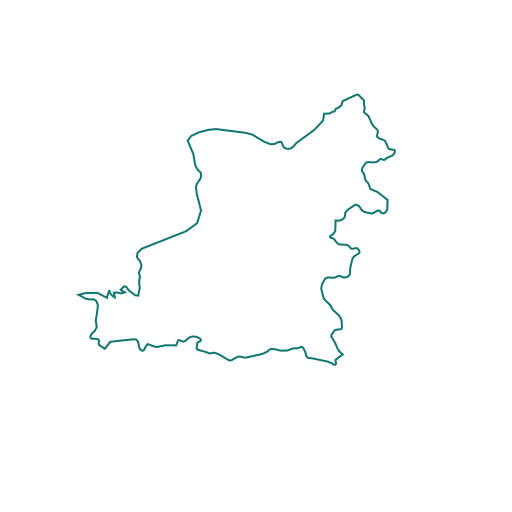 the border of Sisacko-Moslavacka, rotated 142°
{"feature_id": "HRV-1587", "entity_name": "Sisacko-Moslavacka", "entity_type": "County", "adm_level": 1, "iso_a3": "HRV", "parent_name": "Croatia", "parent_adm1": "", "projection": "orthographic", "projection_center": [16.353, 45.412], "detail": "fine", "context": "isolated", "style": "outline", "palette": "teal", "viewbox_px": 512, "rotation_deg": 142, "n_neighbors": 0, "source": "natural_earth", "source_scale": "10m", "svg_char_len": 4672}
<svg xmlns="http://www.w3.org/2000/svg" viewBox="0 0 512 512"><g transform="rotate(142 256 256)"><path d="M378.6,313.3L377.3,311.5L377.4,308.6L377.1,306.0L375.2,299.2L373.2,297.3L367.0,302.7L366.3,304.2L364.4,307.0L362.0,309.7L360.2,310.9L358.9,314.5L356.7,316.1L354.1,317.2L351.8,319.6L350.5,323.5L350.7,326.3L350.4,328.7L347.5,331.3L341.6,332.1L295.6,318.5L282.2,318.1L271.4,325.6L263.9,342.4L260.7,347.4L258.3,349.2L252.2,351.2L250.0,352.7L248.3,355.7L248.4,357.5L248.9,359.7L248.4,363.5L247.3,366.2L242.6,375.0L240.1,384.3L238.8,389.0L233.2,390.5L224.6,388.5L215.8,384.7L209.3,380.6L188.2,359.3L184.2,354.0L179.3,341.2L175.8,335.3L172.9,333.0L167.9,331.9L165.9,330.4L166.0,328.9L166.9,326.5L167.0,323.6L165.0,320.7L162.3,319.3L159.7,319.2L154.4,320.2L132.4,319.5L119.9,321.4L114.7,326.2L110.7,323.3L109.8,322.9L108.9,322.7L107.8,322.7L107.0,322.6L106.4,322.3L105.9,321.9L105.3,321.7L104.8,321.7L102.7,322.8L101.9,322.8L101.0,322.4L99.5,322.1L96.3,322.2L95.5,322.5L94.7,322.9L93.4,324.2L92.8,324.5L92.2,324.6L77.2,321.2L76.5,320.5L75.9,319.0L75.7,316.4L75.3,314.5L75.2,313.0L75.3,311.8L76.4,310.6L78.0,308.2L78.9,305.9L82.0,303.3L82.4,302.5L82.2,301.1L81.7,299.9L81.4,298.5L81.3,296.9L81.6,295.3L82.7,291.4L83.1,289.5L83.4,287.5L83.4,285.5L83.2,283.7L82.8,282.1L82.7,280.5L83.2,279.1L86.8,276.1L87.1,275.5L87.0,274.6L86.4,272.8L85.6,271.3L84.2,269.2L83.7,268.1L83.5,267.0L83.8,265.3L85.3,259.9L85.3,258.6L84.7,257.5L82.6,255.4L81.7,254.3L81.9,253.2L83.2,252.0L86.3,251.1L92.3,252.7L95.4,252.6L96.4,253.4L97.9,255.6L99.0,256.0L101.3,255.7L102.9,255.8L104.9,256.8L106.9,258.4L108.9,260.2L110.0,261.1L111.5,261.7L113.2,261.5L117.8,260.0L119.4,258.9L120.2,257.2L120.3,254.1L122.6,249.4L123.2,247.7L122.7,245.1L123.1,242.8L123.5,241.4L124.3,239.6L124.5,238.0L123.4,236.2L122.2,233.8L121.0,232.0L117.8,219.2L124.0,211.8L127.4,210.6L128.7,210.9L129.7,211.4L130.4,212.2L130.7,213.3L130.7,214.5L130.6,215.5L131.4,216.3L132.0,216.8L138.3,217.9L143.0,223.3L144.3,226.0L144.4,227.0L144.3,228.2L144.1,232.2L146.0,235.3L155.6,236.0L158.9,235.2L160.7,233.3L162.4,231.9L164.2,231.6L166.5,231.8L168.2,232.4L169.2,233.0L171.4,235.0L177.8,227.3L179.4,226.4L182.2,225.7L185.1,226.0L185.7,225.7L186.1,225.1L185.7,224.1L185.2,223.5L184.4,222.4L184.1,221.1L184.1,216.3L183.6,214.5L182.2,212.8L178.3,209.6L177.5,208.7L176.9,207.6L176.7,206.3L176.6,203.9L176.1,202.7L175.0,201.9L173.0,201.1L172.2,200.6L171.6,199.7L171.3,197.9L171.5,196.4L172.1,195.2L173.3,194.7L178.2,195.3L180.4,195.0L182.1,194.2L188.7,188.9L192.5,184.7L193.3,183.9L194.7,183.3L196.1,183.2L197.8,183.6L200.2,185.1L202.0,188.3L202.8,189.3L203.8,189.8L206.1,190.1L207.6,190.7L209.4,191.9L210.9,193.5L212.8,195.0L215.3,195.6L221.5,193.0L224.6,190.3L228.9,180.7L227.7,171.1L228.7,166.8L227.2,158.1L227.5,155.0L228.2,152.7L231.8,147.2L233.0,146.2L234.1,146.0L238.0,148.4L239.6,148.9L240.3,148.9L244.7,147.5L245.6,147.0L246.2,146.3L246.3,145.8L247.1,139.2L248.8,132.5L249.0,130.6L249.0,129.1L248.8,127.6L248.2,125.1L257.4,125.2L257.8,124.7L258.8,122.5L259.1,122.0L259.5,121.7L260.1,121.5L260.9,121.7L261.5,122.4L262.1,124.4L264.7,128.9L274.5,140.5L277.9,144.1L277.9,146.2L277.0,148.2L276.2,150.5L275.4,154.6L275.7,156.0L276.4,156.7L278.1,157.0L280.1,157.7L282.7,159.7L284.6,160.8L287.2,161.4L290.1,162.6L295.2,166.6L298.7,171.1L300.8,173.1L302.0,173.9L306.3,173.8L311.0,174.8L326.5,182.1L327.8,183.2L330.3,186.5L331.9,187.5L334.0,188.2L339.5,188.9L341.0,189.9L341.9,191.3L345.2,199.9L346.2,202.0L348.1,205.1L349.5,206.3L351.4,207.1L352.3,207.6L352.8,208.2L355.1,211.9L358.4,216.3L359.6,218.2L359.9,219.4L355.9,223.6L354.8,223.7L354.0,223.7L353.4,223.4L352.6,223.3L351.9,223.4L351.3,223.5L350.9,224.4L351.1,225.7L352.5,228.7L354.2,230.5L356.0,231.9L357.8,232.6L359.8,232.8L364.3,232.6L366.0,233.3L366.9,234.5L368.1,236.8L368.8,237.4L370.0,237.1L373.9,234.7L382.2,241.3L389.9,245.2L391.3,246.5L391.7,247.0L395.6,253.3L398.4,252.6L401.5,251.2L402.5,250.9L403.5,251.0L404.3,251.8L404.7,253.7L404.5,255.5L404.0,256.7L402.9,258.5L401.9,260.7L401.7,261.9L401.7,263.2L402.2,264.3L404.7,266.4L423.6,278.1L432.2,276.0L434.2,281.6L434.3,282.9L433.9,284.0L432.6,285.0L431.8,286.0L431.6,287.1L432.6,288.7L435.9,291.6L436.6,292.5L436.8,293.5L436.4,294.2L434.9,295.4L432.1,296.0L430.1,296.1L428.8,296.4L426.1,297.6L425.4,298.0L424.6,299.1L421.9,303.9L418.4,307.2L417.2,308.1L411.2,314.2L410.6,315.3L410.2,316.3L409.6,319.4L410.0,320.8L411.0,322.2L413.3,323.7L416.4,326.9L419.7,334.6L413.6,332.0L403.7,324.6L399.2,314.8L397.8,316.0L394.1,318.3L392.8,319.5L393.7,316.8L393.9,314.8L393.6,312.9L392.7,310.4L390.5,314.6L388.1,312.9L385.2,309.5L381.8,308.2L382.8,310.4L383.4,312.7L378.6,313.3Z" fill="none" stroke="#0f766e" stroke-width="2"/></g></svg>